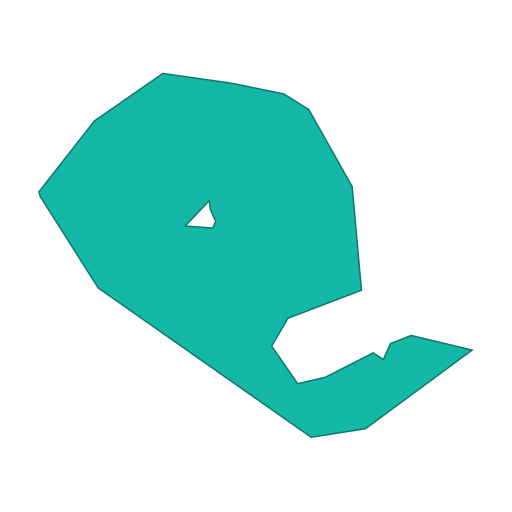 Manassas, Virginia, United States of America (orthographic projection), rotated 272°
{"feature_id": "52423323B4882289186137", "entity_name": "Manassas", "entity_type": "district", "adm_level": 2, "iso_a3": "USA", "parent_name": "United States of America", "parent_adm1": "Virginia", "projection": "orthographic", "projection_center": [-77.487, 38.744], "detail": "fine", "context": "isolated", "style": "filled", "palette": "teal", "viewbox_px": 512, "rotation_deg": 272, "n_neighbors": 0, "source": "geoboundaries", "source_scale": "gbopen_adm2", "svg_char_len": 501}
<svg xmlns="http://www.w3.org/2000/svg" viewBox="0 0 512 512"><g transform="rotate(272 256 256)"><path d="M307.9,38.3L218.5,99.5L76.8,317.4L87.2,371.4L169.5,475.2L182.0,413.9L173.2,393.5L157.0,386.8L163.3,376.5L137.3,329.6L129.8,302.1L166.5,274.8L194.9,290.1L225.5,362.6L328.7,349.7L404.1,303.7L418.8,278.4L427.7,226.3L435.2,156.5L385.3,89.8L312.6,36.8L307.9,38.3ZM282.4,211.9L283.5,184.1L309.7,207.4L300.8,208.8L289.4,214.5L282.4,211.9Z" fill="#14b8a6" stroke="#0f766e" stroke-width="1.5"/></g></svg>